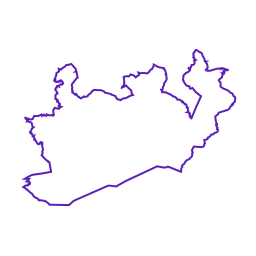 Vicente Guerrero, Puebla, Mexico, rotated 97°
{"feature_id": "50627088B56083749221896", "entity_name": "Vicente Guerrero", "entity_type": "district", "adm_level": 2, "iso_a3": "MEX", "parent_name": "Mexico", "parent_adm1": "Puebla", "projection": "natural_earth1", "projection_center": [-97.21, 18.536], "detail": "fine", "context": "isolated", "style": "outline", "palette": "violet", "viewbox_px": 256, "rotation_deg": 97, "n_neighbors": 0, "source": "geoboundaries", "source_scale": "gbopen_adm2", "svg_char_len": 5652}
<svg xmlns="http://www.w3.org/2000/svg" viewBox="0 0 256 256"><g transform="rotate(97 128 128)"><path d="M53.2,70.6L55.0,69.7L56.7,70.2L57.6,71.3L57.7,72.5L60.7,73.2L61.0,73.7L61.0,75.1L61.4,75.2L62.7,73.4L63.1,73.5L64.9,74.9L66.5,77.5L67.5,77.9L68.2,78.8L69.0,79.2L69.7,79.5L70.5,79.2L73.6,79.3L74.4,78.6L75.4,78.2L78.4,75.6L79.1,74.0L79.0,72.8L79.2,72.1L80.7,71.7L81.4,71.0L81.3,70.4L80.4,69.0L83.9,65.4L87.6,59.4L100.5,63.4L111.5,66.4L110.4,66.5L110.0,67.2L109.3,67.4L109.2,67.9L108.3,67.8L108.1,68.5L107.7,68.7L106.8,68.1L105.8,68.6L105.7,69.2L105.1,69.8L105.1,71.1L104.3,70.1L103.8,70.1L102.9,70.7L100.8,71.0L100.6,72.1L99.6,72.1L99.4,72.5L98.0,72.8L97.4,73.3L97.2,74.2L97.4,74.6L96.7,75.4L95.5,76.2L95.8,77.1L95.2,77.1L94.8,77.6L94.9,77.9L94.4,78.3L94.5,78.7L94.1,79.6L93.5,80.3L93.8,82.5L92.1,83.9L91.3,85.4L91.2,87.3L90.2,88.2L89.9,89.6L89.3,90.2L89.3,91.1L87.9,94.9L88.2,95.6L88.1,97.1L88.4,98.3L86.1,99.6L86.2,98.5L82.9,98.3L81.0,97.4L79.5,97.7L76.7,96.1L74.1,95.5L73.6,95.9L70.8,96.5L70.6,96.8L70.3,96.6L70.0,97.1L69.3,96.9L66.2,98.2L65.6,98.6L65.1,99.7L64.2,99.7L63.9,105.2L61.9,110.2L63.6,110.2L66.7,111.4L67.3,112.5L68.6,113.4L69.3,113.6L71.3,115.2L71.5,116.4L71.4,119.2L72.1,122.1L71.7,124.5L73.5,123.6L74.4,123.7L75.4,125.3L76.8,126.5L75.5,128.1L74.9,129.4L74.5,131.9L76.7,133.3L76.7,135.0L77.4,137.8L77.9,138.5L81.7,137.5L82.8,137.6L83.5,137.2L84.6,137.2L86.4,137.6L88.2,139.0L88.7,139.0L87.4,136.8L86.0,135.4L90.4,129.4L92.9,128.6L94.7,127.1L95.3,128.9L98.8,134.2L99.1,136.0L100.3,137.8L101.3,138.7L100.9,139.9L100.9,142.0L99.9,142.7L99.1,143.8L98.0,144.2L97.6,145.3L96.9,148.6L96.3,149.4L95.7,155.1L94.5,156.4L94.0,158.4L93.8,159.1L94.3,166.2L94.7,167.0L95.4,167.4L96.0,168.3L97.3,168.8L98.7,170.0L99.6,171.1L101.5,172.1L102.5,174.8L102.0,175.6L104.4,178.3L104.2,179.0L103.2,180.3L103.2,181.1L100.5,183.8L101.4,184.3L100.3,186.2L99.5,186.9L99.4,188.5L99.1,187.7L98.0,187.3L97.1,188.1L96.2,188.3L94.8,188.2L92.6,189.0L91.3,188.9L83.9,184.4L83.9,184.2L78.1,186.2L78.3,187.0L77.6,186.4L75.8,187.0L71.4,192.1L72.1,194.0L72.5,194.3L72.9,196.8L74.5,197.9L77.2,201.0L78.2,201.6L77.7,204.0L80.2,203.4L82.3,205.7L83.4,205.8L84.0,205.5L89.3,207.0L88.9,206.1L90.6,206.1L91.0,205.6L90.8,204.7L91.0,204.4L90.5,203.9L90.8,202.6L89.9,202.1L90.1,201.2L89.7,200.8L89.1,200.9L88.9,200.2L89.9,199.7L89.8,198.9L91.5,197.8L91.8,197.9L92.2,198.6L92.9,198.8L93.1,199.2L92.9,200.1L94.0,201.6L94.5,201.8L95.2,201.5L94.8,202.9L95.0,203.5L96.4,203.5L96.6,204.2L98.5,204.9L98.6,205.7L98.9,204.5L102.2,202.2L102.6,203.1L103.8,203.5L104.5,204.0L108.0,203.6L107.9,202.6L108.5,202.1L109.2,201.0L110.1,201.8L110.5,201.5L110.2,200.9L111.9,199.5L112.0,198.9L112.3,198.6L113.2,198.4L114.1,199.5L114.7,199.5L115.1,199.2L115.2,197.1L115.9,198.0L117.4,198.9L117.1,200.2L117.3,201.7L116.8,203.0L117.1,203.4L119.0,204.2L120.8,204.2L122.6,203.6L123.5,203.6L124.0,203.2L124.9,203.8L124.3,205.1L125.1,206.9L124.8,208.7L125.2,209.6L124.7,209.7L124.3,210.5L125.9,211.1L125.8,213.2L125.1,213.4L126.5,214.9L125.2,215.5L127.1,218.8L127.5,222.6L130.8,223.8L131.5,225.6L130.3,231.0L131.0,231.0L131.9,229.7L132.1,228.3L132.5,228.3L132.9,229.0L133.6,229.1L133.2,228.5L133.4,227.9L133.9,227.5L134.0,226.0L134.6,224.5L135.2,224.0L138.6,222.9L138.8,221.8L140.5,223.4L142.9,224.0L144.2,224.8L144.6,224.6L144.8,223.2L145.6,223.3L145.9,222.1L147.9,221.7L147.9,220.6L147.6,220.3L148.1,220.4L148.3,220.7L149.5,219.8L150.9,219.6L150.7,218.8L151.8,218.6L152.7,217.3L154.3,216.1L155.1,215.1L154.2,213.4L153.6,213.6L152.8,213.1L153.0,212.4L152.7,212.1L153.0,211.2L154.5,211.1L155.0,211.4L159.7,209.7L161.9,210.2L163.2,209.7L165.7,210.4L166.3,209.2L167.3,208.5L170.2,204.6L170.7,203.3L171.3,203.1L171.5,201.9L180.9,199.0L184.2,209.8L185.9,216.5L186.8,218.5L190.9,224.2L190.6,219.9L192.1,220.7L193.1,222.1L193.4,222.2L193.1,220.2L193.4,219.5L194.3,219.5L194.6,218.6L195.2,218.6L195.9,218.8L196.3,220.5L197.0,220.2L197.2,220.5L197.7,222.9L199.4,224.7L200.2,222.8L201.3,221.3L201.2,220.8L203.7,217.6L205.2,214.9L206.9,213.6L208.0,212.1L209.3,208.7L210.0,207.9L210.7,207.8L210.3,204.8L210.7,201.0L212.4,198.0L213.7,196.5L211.7,177.2L206.9,173.0L187.7,140.8L187.5,139.7L187.4,132.1L186.5,131.4L180.8,123.6L162.5,94.4L162.9,87.3L162.4,85.3L161.4,83.7L165.0,70.1L161.3,70.1L159.8,69.3L158.9,69.8L158.4,69.5L157.7,69.1L156.5,67.6L155.4,67.5L153.5,66.3L152.9,65.8L151.3,63.3L148.2,61.1L146.1,60.9L145.6,61.3L144.2,60.8L142.4,61.9L138.4,60.4L138.2,54.1L138.0,52.5L137.1,50.8L136.5,50.3L135.2,50.2L134.6,50.4L133.8,49.8L130.6,50.8L129.4,47.7L127.7,47.6L126.9,45.9L124.6,44.8L124.2,44.3L124.1,43.0L123.8,42.5L122.2,41.3L121.4,39.2L120.2,38.5L119.1,38.4L118.3,39.6L118.0,39.6L117.3,39.1L117.0,39.1L116.2,39.9L115.4,40.1L114.8,40.8L114.2,40.9L114.0,40.0L113.8,39.9L113.1,40.1L112.5,40.9L109.9,41.8L106.7,42.7L105.4,42.4L103.5,40.4L102.2,40.1L101.4,39.1L100.0,36.1L99.6,34.8L98.9,33.7L98.2,31.7L96.9,30.2L96.3,29.6L94.7,29.2L92.8,27.9L93.0,27.6L92.1,27.0L92.1,27.5L91.7,27.5L89.7,26.0L89.2,25.2L87.3,25.3L86.6,25.0L84.8,25.3L84.0,25.9L83.8,26.7L82.9,27.6L81.2,28.4L80.2,31.1L79.4,32.0L78.3,34.1L77.1,38.5L75.6,41.2L71.4,41.7L70.3,43.4L69.8,43.6L68.8,43.4L66.3,41.0L63.1,40.6L62.4,41.1L62.8,39.7L61.7,39.1L61.4,39.8L60.9,39.7L60.7,40.2L59.8,40.2L59.2,39.4L59.5,38.9L58.9,38.2L58.3,35.2L57.1,41.8L57.6,41.8L57.7,42.9L57.9,42.7L58.1,43.3L57.6,43.4L58.4,47.3L60.8,52.6L61.4,54.9L61.5,56.7L61.3,57.4L60.7,57.9L59.1,56.4L57.4,56.4L54.8,57.4L52.7,59.3L52.4,58.8L52.4,59.9L49.7,60.8L47.6,62.5L45.4,63.6L44.2,64.6L44.1,65.8L42.3,69.6L42.5,70.4L43.1,70.9L44.7,71.1L45.5,72.1L46.1,72.2L47.6,72.0L48.6,71.4L50.0,71.8L50.6,71.1L50.8,70.3L51.8,70.2L52.3,69.1L53.2,70.6Z" fill="none" stroke="#5b21b6" stroke-width="2"/></g></svg>